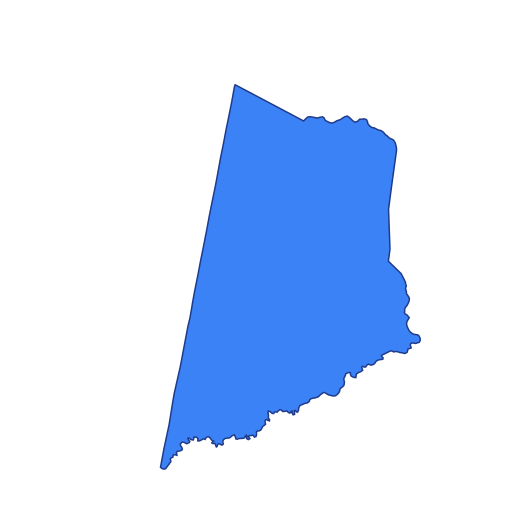 outline of Mandera East, North-Eastern, Kenya, rotated 156°
{"feature_id": "3690345B2279611832844", "entity_name": "Mandera East", "entity_type": "district", "adm_level": 2, "iso_a3": "KEN", "parent_name": "Kenya", "parent_adm1": "North-Eastern", "projection": "albers", "projection_center": [41.581, 3.685], "detail": "fine", "context": "isolated", "style": "filled", "palette": "blue", "viewbox_px": 512, "rotation_deg": 156, "n_neighbors": 0, "source": "geoboundaries", "source_scale": "gbopen_adm2", "svg_char_len": 4549}
<svg xmlns="http://www.w3.org/2000/svg" viewBox="0 0 512 512"><g transform="rotate(156 256 256)"><path d="M205.4,420.9L206.8,419.5L215.2,407.1L223.9,394.8L231.8,383.8L240.8,370.8L248.4,360.2L257.5,346.8L264.9,336.1L274.3,323.0L282.3,311.7L289.9,300.6L296.3,291.5L299.5,286.9L308.9,273.7L317.0,262.0L326.1,249.2L332.4,240.0L334.6,236.6L341.6,226.2L346.9,219.3L366.7,190.7L370.7,185.0L386.7,163.6L388.9,160.3L394.6,151.7L398.8,145.2L404.1,137.1L418.7,117.1L419.9,115.3L429.2,101.8L428.2,100.0L426.8,98.7L424.9,98.5L423.4,99.4L421.7,100.4L420.3,101.0L419.3,101.9L418.2,102.2L417.2,103.1L416.9,105.5L416.0,106.0L414.9,106.0L413.6,106.1L413.0,107.4L411.7,107.8L410.6,107.2L409.3,106.1L408.5,109.1L407.2,109.5L405.8,109.2L404.5,108.8L402.8,108.8L401.8,109.5L401.6,111.1L402.0,113.1L402.0,114.3L401.1,115.3L399.4,116.0L397.7,115.3L396.6,113.8L395.6,112.6L394.0,112.7L392.9,112.7L391.9,113.5L392.5,115.2L392.5,116.7L391.9,117.4L390.8,116.1L390.1,114.7L388.1,113.4L387.1,114.5L386.6,115.8L385.2,115.4L383.9,114.4L383.3,112.8L383.9,111.8L384.4,110.9L383.4,110.2L381.9,110.1L380.6,110.1L379.4,110.4L378.2,110.3L377.1,109.1L375.9,110.1L374.8,110.6L373.0,110.3L372.1,108.9L371.3,105.7L370.1,104.2L371.2,103.9L372.4,103.3L371.6,102.1L370.0,101.8L369.7,100.7L369.9,99.3L369.9,97.7L368.7,98.0L367.9,99.2L366.7,99.8L365.4,98.8L364.4,97.3L363.3,97.1L362.3,97.6L362.0,99.4L361.4,100.7L359.9,101.6L357.8,101.8L356.0,101.2L354.6,100.7L353.2,100.8L351.3,101.4L349.8,101.5L348.5,101.4L348.4,99.1L348.8,97.0L347.3,96.2L345.7,96.1L342.3,94.8L340.4,94.5L339.0,95.8L337.9,96.3L337.8,94.9L338.6,94.0L338.7,92.7L337.7,91.4L335.9,91.6L336.1,93.1L336.7,94.6L334.8,94.4L333.1,93.9L331.4,93.3L331.1,91.2L329.4,91.1L328.4,92.2L327.6,93.9L327.1,95.2L325.9,95.5L324.4,95.0L322.7,95.0L321.6,95.6L320.1,96.8L318.6,97.8L317.4,97.9L315.8,98.4L315.4,99.6L315.2,100.9L314.3,102.2L313.0,102.4L312.1,101.1L310.8,99.9L310.2,100.9L310.4,102.1L310.7,103.1L310.0,104.1L309.4,105.4L309.0,106.9L308.6,108.4L307.9,109.3L306.6,108.3L305.1,105.5L303.8,104.9L302.7,105.9L301.4,105.6L300.3,104.8L298.7,105.4L296.7,105.9L295.8,105.3L295.4,104.3L294.6,102.9L292.5,102.3L290.7,101.7L290.1,99.9L289.1,98.8L287.8,98.9L287.1,99.8L286.0,99.5L286.9,97.9L286.7,95.8L285.2,95.6L284.5,97.3L283.9,99.1L282.8,98.9L282.4,97.0L281.4,96.5L280.1,97.6L278.5,100.2L276.7,101.5L274.9,101.5L273.0,101.5L271.6,101.5L270.2,101.2L268.6,100.9L266.6,101.4L265.3,102.9L263.9,103.2L262.0,103.0L260.1,102.4L256.5,102.0L254.3,102.8L253.0,103.3L251.9,103.3L250.6,103.8L248.8,103.4L247.5,101.4L246.3,99.7L242.3,96.6L240.2,96.0L238.3,96.4L236.5,97.1L234.9,98.1L234.0,99.4L233.2,100.5L231.7,100.9L229.8,101.4L228.3,102.1L227.7,102.9L226.5,104.8L226.1,106.8L225.6,108.4L224.2,109.4L222.8,110.8L222.0,111.8L220.1,112.0L218.2,111.7L217.3,110.9L217.9,109.1L217.9,107.6L215.9,105.2L214.2,104.3L213.2,106.0L212.1,107.5L209.6,107.8L206.9,107.8L205.0,108.3L204.7,111.5L203.4,111.9L202.4,110.6L201.0,110.0L199.1,111.2L197.6,111.5L196.4,110.7L195.5,109.6L193.7,109.2L191.6,109.4L189.2,110.9L187.2,111.3L184.8,110.9L183.3,110.3L182.0,110.2L181.3,111.4L182.0,112.9L181.8,114.2L178.8,114.3L176.4,114.4L173.8,114.5L171.9,114.6L170.7,114.1L169.1,112.3L167.4,112.0L165.9,111.2L163.8,109.3L162.8,108.7L161.4,107.8L160.1,106.6L158.5,106.4L157.1,106.6L156.1,107.7L155.1,109.2L153.1,109.0L151.7,108.9L151.4,110.2L151.4,111.6L150.7,112.8L149.1,113.2L147.6,112.4L145.8,111.2L141.8,110.8L140.1,112.4L139.5,114.4L139.7,117.2L140.5,118.3L142.1,119.3L144.0,120.6L145.5,122.8L146.5,125.3L146.6,128.5L146.6,130.5L146.0,133.0L144.7,134.7L142.7,136.2L141.1,137.3L142.0,140.6L143.1,142.3L143.3,142.7L143.5,143.8L142.5,145.2L141.8,147.1L139.9,148.5L137.8,149.6L134.9,152.1L133.2,154.6L133.1,156.2L133.4,158.3L133.9,160.5L133.1,162.1L132.7,165.3L131.8,166.5L130.8,167.6L130.7,169.5L130.2,171.1L130.2,173.7L130.3,175.9L130.6,180.9L137.2,197.4L130.8,207.8L115.9,244.8L112.5,250.3L112.2,250.9L111.8,251.5L102.4,266.8L86.6,292.2L84.6,295.4L83.5,298.4L82.8,302.7L83.2,305.9L84.2,307.4L85.4,308.5L86.4,309.9L87.2,312.2L88.3,313.9L89.2,317.1L90.7,319.6L93.2,321.6L96.2,325.3L96.7,325.3L98.0,326.4L99.4,329.0L100.0,331.6L99.5,333.5L99.6,335.6L101.2,337.2L103.5,337.9L105.7,338.8L108.5,337.7L111.2,338.0L112.4,339.8L114.3,344.5L115.8,346.8L118.5,347.1L120.8,346.8L122.6,346.4L124.9,346.4L127.1,346.7L129.3,346.4L131.7,346.3L133.1,346.9L134.5,348.0L136.5,350.3L137.6,352.0L137.6,354.3L138.5,356.0L141.3,356.8L142.8,356.8L144.4,357.4L146.0,358.6L148.6,360.4L150.7,361.6L152.4,361.9L154.6,361.2L157.6,360.0L205.4,420.9Z" fill="#3b82f6" stroke="#1e3a8a" stroke-width="1.5"/></g></svg>